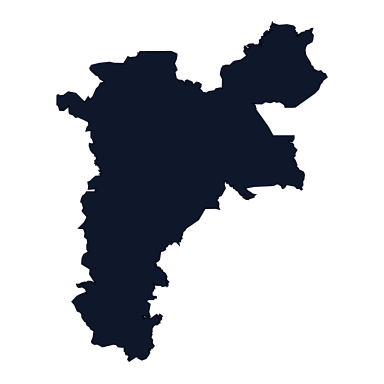 Pajan, Manabi, Ecuador (orthographic projection)
{"feature_id": "8360857B88388288506249", "entity_name": "Pajan", "entity_type": "district", "adm_level": 2, "iso_a3": "ECU", "parent_name": "Ecuador", "parent_adm1": "Manabi", "projection": "orthographic", "projection_center": [-80.353, -1.699], "detail": "fine", "context": "isolated", "style": "filled", "palette": "ink", "viewbox_px": 384, "rotation_deg": 0, "n_neighbors": 0, "source": "geoboundaries", "source_scale": "gbopen_adm2", "svg_char_len": 5849}
<svg xmlns="http://www.w3.org/2000/svg" viewBox="0 0 384 384"><path d="M171.2,51.7L140.0,51.8L139.8,53.6L138.1,53.1L138.2,55.2L135.8,57.2L130.1,57.8L128.0,56.9L123.8,63.7L114.1,63.5L109.6,62.5L99.4,63.6L91.6,65.5L89.9,68.1L90.8,70.1L96.0,75.0L98.2,75.6L100.1,78.8L104.5,81.4L103.6,82.6L100.5,83.2L98.9,86.7L96.6,88.7L92.8,97.2L89.8,99.6L88.2,97.0L85.2,101.7L84.4,101.8L84.6,102.5L75.7,93.5L68.3,92.1L63.6,95.6L60.3,96.0L58.0,94.9L57.2,95.6L57.1,104.7L58.6,105.7L59.8,110.1L63.6,110.3L69.0,105.8L69.3,112.4L70.1,113.8L72.8,114.4L75.8,117.3L77.2,116.6L78.9,117.0L88.5,121.6L89.1,125.3L87.3,127.4L86.2,130.9L90.7,130.1L91.2,130.8L91.2,137.5L92.5,138.8L94.0,142.7L92.4,144.3L89.6,143.7L89.4,145.7L90.7,150.0L92.6,152.6L94.5,153.7L95.1,156.0L96.2,156.0L96.8,159.3L94.9,160.9L95.6,162.4L94.9,163.3L96.2,164.0L96.0,164.9L98.1,164.6L98.0,165.6L98.9,165.4L99.2,167.3L100.6,169.0L100.4,170.1L99.1,170.4L99.7,171.4L101.3,171.4L101.3,172.6L99.9,173.9L100.9,174.2L100.5,176.1L95.5,176.5L90.2,181.5L88.1,182.2L88.9,186.4L88.5,189.1L94.8,188.6L96.0,189.6L94.6,192.1L86.7,192.0L85.3,194.3L82.8,196.1L81.8,198.4L80.9,201.8L82.3,202.9L83.8,208.1L82.3,211.0L87.4,217.0L84.5,222.6L79.0,228.1L83.2,228.4L84.1,229.3L85.3,233.3L84.7,236.8L87.4,238.9L88.0,243.1L87.0,244.8L87.1,249.2L88.7,251.8L84.0,254.6L82.3,258.2L81.9,263.8L90.4,269.1L89.8,274.1L95.1,282.3L94.3,283.0L90.5,281.5L87.9,281.5L86.7,282.5L84.3,282.3L84.2,283.5L82.8,282.8L82.3,283.8L81.7,283.1L79.2,284.4L76.8,284.4L77.5,286.4L78.8,287.3L82.4,286.7L85.7,288.9L87.1,293.6L85.5,292.8L80.1,294.9L76.9,296.7L72.2,301.7L74.7,304.5L77.5,311.0L80.1,311.9L81.8,313.8L82.2,317.4L84.6,321.1L86.1,321.9L87.3,325.1L89.6,326.6L91.1,329.1L94.2,330.8L93.4,337.4L91.7,341.5L92.1,342.8L94.4,344.2L97.5,343.9L102.5,346.6L113.2,344.0L116.4,344.4L118.2,346.6L122.5,347.1L123.5,346.4L124.9,348.2L124.2,349.0L125.0,350.0L124.3,351.0L125.3,351.7L126.0,354.5L127.9,354.7L129.3,356.6L128.4,358.2L129.4,358.4L128.0,359.5L129.2,361.0L136.0,356.5L137.7,356.8L138.5,358.1L142.0,359.8L145.9,358.3L148.7,354.6L148.7,353.2L149.5,353.0L148.8,350.1L149.6,350.1L149.5,349.2L150.4,349.5L150.4,348.5L152.2,348.1L154.0,345.9L152.0,343.2L152.4,340.0L150.6,337.6L151.9,334.3L150.7,333.5L151.9,332.0L151.8,328.5L153.6,325.6L156.4,323.9L156.9,324.7L158.8,323.3L158.7,322.4L159.6,322.5L159.0,321.3L160.1,320.7L160.2,318.4L161.4,319.1L161.3,316.6L162.0,316.2L159.8,314.5L158.2,317.0L156.7,314.6L151.5,318.5L144.8,317.9L143.9,318.9L143.3,316.8L141.7,316.4L144.6,315.7L148.9,317.2L149.9,316.6L148.5,311.8L149.9,304.3L145.7,301.1L148.3,299.4L153.6,299.3L153.8,298.2L156.3,297.8L156.0,296.6L153.9,296.7L151.9,295.7L151.9,291.6L153.3,290.6L153.3,288.9L154.6,288.5L153.8,284.1L156.0,285.1L161.1,285.1L162.2,286.4L165.8,285.5L167.0,286.4L167.9,285.4L167.6,283.9L166.8,284.3L166.3,283.1L167.8,283.0L168.5,281.9L166.5,280.5L167.0,280.4L166.1,279.5L166.7,276.6L165.0,273.4L162.4,271.8L162.2,270.3L161.1,270.2L160.4,268.3L159.5,268.7L158.9,267.2L157.5,267.6L156.8,266.5L155.8,266.8L156.3,264.9L155.4,263.5L156.3,261.6L157.8,261.1L159.3,259.4L160.5,251.3L163.2,250.8L165.3,249.5L165.1,247.9L165.9,246.7L167.0,246.5L167.2,245.4L170.0,243.4L171.1,244.4L173.6,241.6L176.5,241.8L178.9,244.4L178.4,241.7L180.3,241.5L180.6,239.0L181.9,238.6L181.1,236.3L182.2,235.4L182.8,231.4L184.6,230.4L185.9,228.1L198.3,219.6L205.0,208.3L215.8,208.1L219.2,209.0L218.4,207.2L218.6,203.2L217.8,201.6L216.9,201.4L216.9,199.4L218.2,198.2L217.9,196.8L221.2,195.3L225.1,188.2L223.9,184.3L224.4,181.5L225.5,180.9L226.5,182.1L227.7,182.1L227.3,183.1L228.7,182.9L230.4,186.0L231.3,185.6L231.6,186.4L232.9,185.6L233.6,188.1L234.5,188.0L236.6,190.4L237.9,190.8L240.3,194.5L243.0,196.0L243.1,197.2L246.0,199.1L248.3,199.4L248.9,198.6L253.8,197.1L253.6,196.1L255.2,194.8L253.3,194.6L247.1,190.5L245.0,188.0L254.1,186.2L273.5,185.3L277.5,183.4L281.4,185.7L282.5,188.3L284.3,187.7L286.4,184.3L294.8,185.9L297.1,188.3L299.4,188.1L301.3,189.8L302.1,189.2L301.0,187.4L302.7,185.0L302.4,181.6L303.7,179.1L304.2,174.5L303.3,172.2L298.5,169.8L298.3,168.6L296.2,166.7L296.7,164.9L295.5,161.7L295.1,160.8L294.1,161.0L294.5,159.6L292.7,157.6L295.0,155.8L294.6,153.5L296.7,150.0L293.3,146.7L293.4,144.9L292.4,143.4L289.5,143.0L288.8,141.6L289.4,140.2L291.0,141.5L292.6,141.1L293.8,138.7L293.9,136.0L272.9,136.0L267.6,126.4L255.3,109.2L255.9,108.3L255.2,107.8L255.1,105.8L252.5,103.4L261.8,103.7L265.5,101.5L270.5,102.5L274.3,101.0L276.6,102.1L279.1,101.5L281.0,102.3L284.7,104.8L285.0,106.0L285.7,105.8L285.4,107.1L294.9,107.0L314.7,92.9L318.5,88.9L320.3,83.7L321.6,82.9L322.9,80.2L326.9,77.1L325.2,73.9L322.9,73.3L320.8,70.9L318.2,71.6L313.8,69.5L312.6,66.5L310.9,65.7L310.3,63.1L305.6,55.2L304.8,50.0L305.4,47.0L306.9,44.3L311.8,41.7L312.6,39.2L313.1,35.3L311.1,32.7L312.5,28.6L311.1,28.8L309.4,30.5L305.9,30.8L304.9,32.1L302.0,32.6L299.8,34.0L300.1,34.6L298.0,34.8L298.1,35.6L296.9,35.9L297.5,34.8L296.9,34.5L297.0,32.8L295.0,31.9L295.3,30.9L294.1,29.6L295.1,28.0L293.5,26.2L287.0,24.9L278.8,25.6L273.9,23.9L273.2,24.9L272.4,23.0L271.8,25.2L270.5,26.5L271.5,30.3L269.9,29.7L270.3,30.9L268.6,31.6L269.2,32.3L268.5,33.1L267.3,31.1L266.4,31.1L264.0,33.6L265.7,35.2L264.0,35.0L263.9,36.3L261.8,36.8L262.0,38.8L259.7,40.1L259.8,41.2L261.2,41.8L259.9,42.6L261.0,44.3L261.0,46.0L259.2,43.8L257.5,45.6L256.4,44.9L254.5,45.4L253.2,44.1L249.1,44.4L247.3,45.7L249.9,47.3L248.1,49.5L245.0,46.3L244.3,47.8L245.2,49.1L243.9,51.1L246.9,55.5L246.2,56.4L240.8,60.3L234.1,61.5L230.0,65.5L225.8,65.4L223.1,66.2L221.6,68.7L220.5,74.6L222.7,78.8L222.5,88.7L220.5,88.1L216.0,89.0L214.8,90.9L208.8,91.8L206.0,93.5L204.7,92.7L203.5,93.2L199.3,88.4L200.7,86.8L201.0,84.5L198.6,82.8L196.4,82.4L194.7,84.1L192.8,84.7L191.9,82.2L187.1,80.1L185.5,81.0L186.1,84.0L182.1,80.7L178.1,80.2L176.0,78.4L174.7,71.8L176.9,69.8L174.2,63.5L176.1,59.0L176.8,54.8L176.6,54.0L171.2,51.7Z" fill="#0f172a" stroke="#020617" stroke-width="1.5"/></svg>